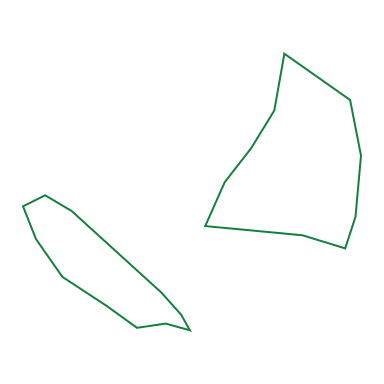 an SVG outline of Callao
{"feature_id": "PER-3505", "entity_name": "Callao", "entity_type": "Departamento", "adm_level": 1, "iso_a3": "PER", "parent_name": "Peru", "parent_adm1": "", "projection": "albers", "projection_center": [-77.175, -12.057], "detail": "fine", "context": "isolated", "style": "outline", "palette": "green", "viewbox_px": 384, "rotation_deg": 0, "n_neighbors": 0, "source": "natural_earth", "source_scale": "10m", "svg_char_len": 419}
<svg xmlns="http://www.w3.org/2000/svg" viewBox="0 0 384 384"><path d="M345.2,248.4L302.5,235.3L205.2,226.1L224.7,182.2L251.1,148.3L274.3,110.5L284.3,54.1L284.3,53.7L284.6,53.9L350.1,100.0L361.0,155.6L355.5,216.7L345.2,248.4ZM71.5,210.9L161.5,292.7L181.2,314.8L189.9,330.3L165.7,323.6L137.0,327.8L106.3,305.7L62.4,276.9L36.1,239.3L23.0,206.3L45.1,195.3L71.5,210.9Z" fill="none" stroke="#15803d" stroke-width="2"/></svg>